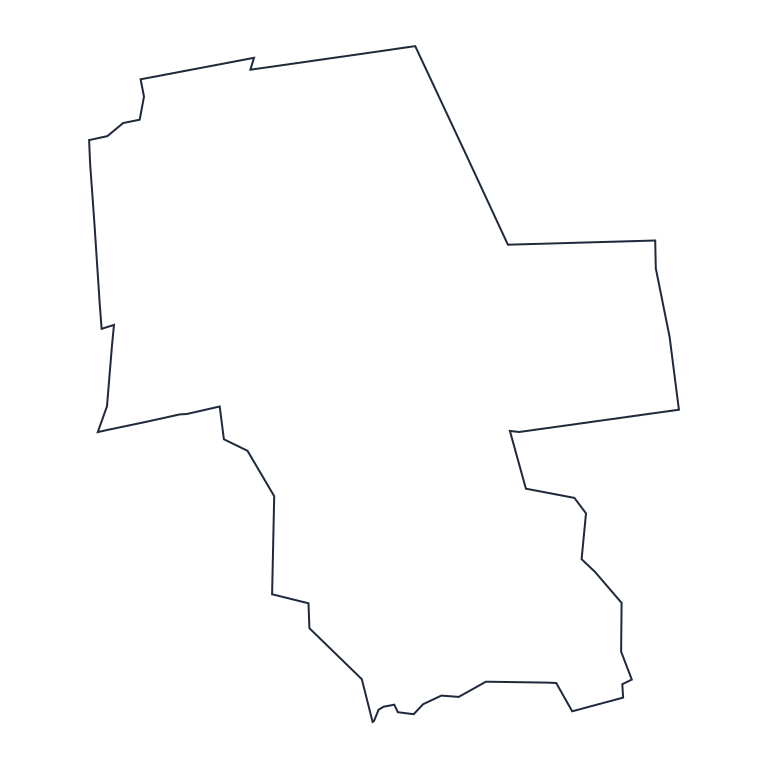 the district of Middlesex, Connecticut, United States of America
{"feature_id": "52423323B62256411494154", "entity_name": "Middlesex", "entity_type": "district", "adm_level": 2, "iso_a3": "USA", "parent_name": "United States of America", "parent_adm1": "Connecticut", "projection": "equal_earth", "projection_center": [-72.54, 41.451], "detail": "fine", "context": "isolated", "style": "outline", "palette": "slate", "viewbox_px": 768, "rotation_deg": 0, "n_neighbors": 0, "source": "geoboundaries", "source_scale": "gbopen_adm2", "svg_char_len": 896}
<svg xmlns="http://www.w3.org/2000/svg" viewBox="0 0 768 768"><path d="M466.2,154.9L415.2,46.1L364.1,53.5L250.4,69.7L254.0,57.8L140.6,79.3L144.0,96.6L139.7,119.7L123.2,123.0L107.4,136.1L89.1,140.1L90.1,163.5L94.4,223.2L99.7,303.6L101.6,328.8L114.0,324.9L112.0,345.3L107.0,406.2L97.8,432.1L108.5,429.7L147.6,421.5L179.7,414.4L186.7,414.0L219.7,406.5L223.9,439.3L247.5,450.8L274.2,496.2L272.1,594.3L308.5,603.3L309.4,628.2L361.8,679.2L372.6,721.9L374.0,721.0L378.6,709.7L383.6,706.7L394.3,704.7L397.8,712.2L413.7,714.2L423.1,704.2L440.7,695.9L441.4,695.6L458.7,696.9L485.9,681.7L546.7,682.6L556.2,683.0L569.1,705.8L572.2,711.3L623.1,697.6L622.3,684.2L631.8,679.6L621.1,651.6L621.6,602.9L595.1,572.0L581.6,559.2L586.0,513.4L574.4,497.9L525.9,488.7L509.9,430.9L519.1,432.0L678.9,409.7L669.6,336.9L655.8,268.4L655.2,240.5L507.9,244.7L466.2,154.9Z" fill="none" stroke="#1e293b" stroke-width="2"/></svg>